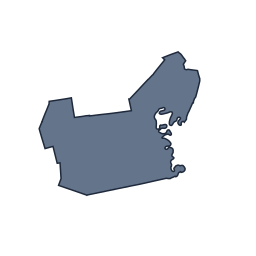 outline of Sutesti, Braila, Romania, rotated 144°
{"feature_id": "2599482B82719794647179", "entity_name": "Sutesti", "entity_type": "district", "adm_level": 2, "iso_a3": "ROU", "parent_name": "Romania", "parent_adm1": "Braila", "projection": "albers", "projection_center": [27.441, 45.228], "detail": "fine", "context": "isolated", "style": "filled", "palette": "slate", "viewbox_px": 256, "rotation_deg": 144, "n_neighbors": 0, "source": "geoboundaries", "source_scale": "gbopen_adm2", "svg_char_len": 5678}
<svg xmlns="http://www.w3.org/2000/svg" viewBox="0 0 256 256"><g transform="rotate(144 128 128)"><path d="M217.9,122.4L201.0,98.2L200.8,97.7L200.2,97.7L173.4,85.6L159.1,79.1L152.4,76.0L145.3,72.9L138.3,69.9L126.8,64.9L126.6,64.8L125.2,63.5L124.9,63.2L124.3,62.8L123.8,62.4L123.6,62.3L122.8,62.2L122.4,62.2L122.2,62.3L121.5,62.0L121.0,61.8L120.2,61.7L119.7,61.6L119.0,61.4L118.5,61.3L118.3,61.3L118.3,60.9L118.0,60.5L117.4,60.3L116.8,60.3L116.0,60.4L115.3,60.8L114.1,61.6L113.3,62.0L112.4,62.0L111.1,61.8L111.2,60.9L110.6,60.6L110.1,60.4L109.1,60.1L108.1,60.1L107.3,60.3L106.7,60.5L106.2,61.0L105.8,61.4L105.6,62.0L105.4,63.0L105.4,63.4L105.5,64.6L105.6,65.3L105.9,65.7L106.4,66.1L107.1,66.5L107.7,66.7L108.1,66.9L108.4,67.4L108.6,67.7L108.8,68.1L109.0,68.3L109.6,68.7L110.3,68.9L110.9,69.1L111.4,69.2L112.3,69.1L113.0,68.8L114.3,68.5L114.8,68.1L115.0,67.6L115.1,67.1L115.3,66.5L115.6,66.0L116.1,65.9L116.6,66.0L117.0,66.3L117.3,66.7L117.6,67.3L117.6,67.7L117.6,68.1L117.5,68.4L117.5,68.7L117.2,69.6L117.0,70.1L116.7,70.5L116.3,71.2L116.0,71.4L115.5,71.4L115.3,71.7L114.9,72.0L114.5,72.5L114.2,72.9L114.1,73.3L114.0,74.4L113.8,74.9L113.5,75.4L113.2,75.8L113.0,76.0L112.5,76.2L112.0,76.4L111.6,76.5L111.3,76.5L110.9,76.5L110.2,76.4L109.8,76.4L109.4,76.4L108.7,76.6L108.4,76.9L108.4,77.2L108.4,77.4L108.6,78.1L108.8,78.8L108.9,79.1L108.9,79.4L108.8,79.5L108.7,79.9L108.6,80.1L108.4,80.3L108.1,80.6L107.8,80.7L107.4,81.0L106.6,81.3L106.2,81.6L105.9,81.7L105.7,82.0L105.3,82.5L104.8,83.1L104.5,83.5L104.1,84.5L104.1,84.8L104.1,85.3L104.2,85.7L104.3,86.0L104.7,86.6L105.6,87.8L106.1,88.2L106.6,88.3L107.2,88.2L107.9,87.9L108.5,87.9L109.0,87.9L109.5,88.2L110.0,88.8L110.1,89.6L109.8,90.2L109.3,90.5L108.5,90.7L107.9,90.6L107.2,90.4L106.5,90.0L106.0,89.7L105.5,89.3L104.8,89.1L104.3,89.0L103.8,89.1L103.3,89.3L102.7,89.8L102.5,90.1L102.3,90.5L102.3,90.8L102.3,91.8L102.3,92.3L102.4,93.1L102.5,93.6L102.9,94.9L103.4,96.1L103.9,97.1L104.8,98.5L105.7,99.2L106.2,99.6L106.3,99.9L106.1,100.2L105.7,100.4L105.0,100.5L104.1,100.6L102.8,100.6L102.1,100.6L101.3,100.4L100.5,100.1L99.6,99.7L99.3,99.5L98.9,99.0L98.7,98.5L98.4,97.7L98.0,97.3L97.6,97.1L97.3,97.1L96.8,97.3L96.5,97.6L96.3,97.9L96.1,98.5L96.1,99.2L96.0,99.7L96.0,100.3L95.9,101.0L95.8,101.9L96.0,102.3L96.2,102.6L96.5,102.8L96.8,102.9L97.4,103.0L97.8,102.9L98.5,102.5L99.6,101.9L100.0,101.8L100.5,101.7L101.2,101.8L101.7,102.0L102.6,102.5L103.0,102.8L103.6,103.3L104.2,104.1L104.4,104.5L104.7,105.2L105.1,105.9L105.3,106.4L105.3,106.8L105.2,107.2L105.1,107.4L104.9,107.6L104.7,107.8L104.4,107.9L103.8,107.9L103.5,107.8L103.1,107.8L102.8,107.8L102.3,108.0L101.8,108.1L101.4,108.0L100.6,107.8L100.2,107.6L99.6,107.1L99.2,106.7L98.8,106.4L98.5,106.2L98.0,106.0L97.6,105.9L97.2,105.9L96.9,105.9L96.3,106.0L96.0,106.2L95.7,106.5L95.4,106.8L95.2,107.1L95.1,107.5L95.2,108.2L95.5,108.7L95.8,108.9L96.2,109.2L97.2,109.7L98.3,110.1L98.9,110.4L99.5,110.7L99.9,111.2L100.5,111.2L101.0,111.1L101.4,110.7L101.7,110.1L102.2,109.6L102.8,109.2L103.3,109.1L103.8,109.1L104.3,109.3L104.9,109.8L105.2,110.3L105.3,110.7L105.2,111.1L105.1,111.5L104.9,111.9L104.4,112.5L103.4,113.7L102.2,115.2L101.0,117.2L100.8,118.0L100.8,118.7L100.8,119.4L100.8,119.9L100.6,120.7L100.1,121.6L99.5,122.3L98.9,122.7L98.3,123.0L97.6,123.4L96.3,123.8L95.5,123.9L94.6,124.0L93.8,124.2L93.3,124.3L92.9,124.6L92.2,124.9L91.8,125.1L91.3,125.1L90.9,125.0L90.2,124.8L89.7,124.5L89.1,124.2L88.6,124.1L88.1,123.9L87.7,123.9L87.0,123.5L86.8,123.2L86.6,122.8L86.6,122.3L86.7,122.0L87.1,121.4L87.4,121.2L87.8,121.2L88.5,121.2L89.2,121.4L90.0,121.7L90.7,122.0L91.6,122.4L92.4,122.4L93.3,122.1L94.0,121.6L94.0,120.9L93.6,120.2L93.1,119.7L92.6,119.3L91.9,119.0L91.3,118.7L88.1,117.4L87.1,117.0L86.1,116.7L85.4,116.6L84.6,116.4L83.9,116.0L83.5,115.7L83.1,115.0L83.2,114.3L83.5,113.7L84.4,113.1L85.6,112.4L87.5,111.4L88.6,110.6L90.0,109.5L90.6,109.0L91.6,107.8L92.0,107.3L92.2,106.9L92.3,106.3L92.3,105.6L91.9,105.0L91.5,104.6L91.1,104.5L90.4,104.6L89.7,104.8L88.9,105.2L87.3,105.7L86.4,105.7L85.4,105.4L84.4,105.5L83.8,105.8L83.1,106.5L82.2,107.0L81.4,107.2L80.5,106.8L79.9,106.3L79.8,105.2L80.1,104.7L80.7,104.5L81.3,104.4L82.3,104.2L83.2,104.0L84.2,103.4L84.8,102.4L84.9,101.4L84.8,100.5L84.5,99.9L84.2,99.5L83.6,99.2L83.2,99.2L82.7,99.7L82.3,100.5L81.7,101.0L81.1,101.2L80.5,101.2L79.9,101.1L79.4,100.8L79.2,100.4L79.1,99.9L79.1,99.6L75.7,100.6L74.0,102.6L70.1,105.2L69.4,105.4L63.0,109.1L62.7,109.3L61.0,110.3L60.4,109.9L59.8,110.6L59.3,111.1L57.1,112.6L55.0,113.3L54.5,113.7L52.0,115.7L46.8,120.0L43.4,122.9L42.8,123.4L42.1,124.1L41.4,125.1L41.0,125.6L40.7,126.4L39.8,129.2L38.2,133.2L38.1,133.5L38.3,133.9L39.5,135.0L42.9,138.2L44.0,139.3L44.9,140.2L45.4,140.4L46.1,140.6L46.7,141.1L46.9,141.3L47.6,142.5L46.5,144.6L46.4,144.8L46.3,145.0L45.8,146.8L45.7,147.1L41.8,148.5L41.8,149.4L41.7,150.8L41.8,151.9L41.8,154.2L41.8,155.6L41.9,157.1L42.4,158.4L42.7,160.1L50.5,162.4L55.9,163.8L58.7,164.5L58.6,164.1L58.5,162.9L58.5,162.7L58.4,162.5L58.2,162.2L58.1,161.8L58.2,161.6L58.3,161.5L64.1,160.0L71.1,158.1L75.6,156.8L76.1,156.4L76.9,156.5L79.7,156.0L82.9,155.4L83.1,155.5L88.5,154.5L98.8,152.5L109.5,150.5L109.8,150.4L109.8,150.5L110.3,150.9L115.1,140.0L121.8,143.6L128.5,147.2L131.4,148.8L131.6,148.9L135.2,150.9L142.0,154.8L148.5,158.4L152.1,160.4L151.8,160.8L155.4,162.9L155.9,163.1L158.3,164.3L165.1,168.0L160.9,176.4L156.1,185.7L160.0,187.6L162.8,189.0L170.2,192.8L174.4,195.0L176.1,195.9L177.3,194.4L177.8,193.8L179.6,192.7L184.2,189.8L186.1,188.7L192.7,184.5L192.9,184.3L193.5,183.6L193.9,183.8L194.1,183.5L200.1,179.8L200.5,179.1L203.4,171.1L207.2,160.1L199.5,157.2L206.0,141.1L203.5,139.7L211.9,126.4L217.9,122.4Z" fill="#64748b" stroke="#1e293b" stroke-width="1.5"/></g></svg>